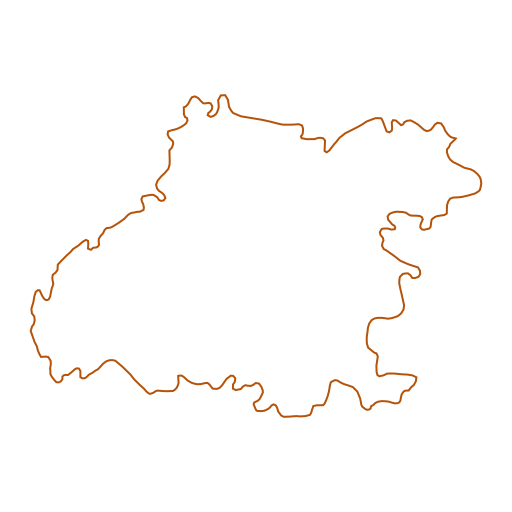 the district of Mogilev, Mogilev, Belarus
{"feature_id": "67162791B13586571917215", "entity_name": "Mogilev", "entity_type": "district", "adm_level": 2, "iso_a3": "BLR", "parent_name": "Belarus", "parent_adm1": "Mogilev", "projection": "albers", "projection_center": [30.317, 53.845], "detail": "fine", "context": "isolated", "style": "outline", "palette": "amber", "viewbox_px": 512, "rotation_deg": 0, "n_neighbors": 0, "source": "geoboundaries", "source_scale": "gbopen_adm2", "svg_char_len": 6036}
<svg xmlns="http://www.w3.org/2000/svg" viewBox="0 0 512 512"><path d="M408.7,390.5L409.2,389.7L411.2,387.2L413.9,384.9L415.9,381.2L416.4,377.3L412.5,375.4L407.7,374.6L401.7,374.3L393.8,373.5L387.1,373.6L383.7,375.3L379.3,376.3L377.4,375.0L376.6,372.0L376.5,368.8L376.4,365.5L376.9,362.4L377.8,356.5L376.5,353.4L374.2,352.6L368.1,347.6L366.9,343.5L366.7,340.5L366.8,336.4L367.5,331.9L367.9,328.0L369.1,323.8L371.6,320.1L374.7,318.4L377.6,317.9L381.5,317.8L388.2,318.7L392.0,318.1L397.7,316.2L401.0,313.6L403.5,309.6L404.1,305.3L401.2,292.3L400.5,289.6L399.2,283.0L399.4,279.6L399.9,276.9L402.8,273.9L405.9,273.4L408.0,273.4L410.5,275.3L412.2,277.9L414.9,278.1L418.5,276.8L420.2,274.1L420.0,270.8L418.0,267.4L410.1,264.9L406.0,263.3L400.2,260.7L394.4,256.1L386.8,250.7L383.7,249.0L382.0,245.7L382.6,242.3L383.5,240.4L382.8,237.7L380.5,235.0L379.8,232.2L381.7,229.0L384.0,228.5L387.7,228.5L391.4,229.6L394.8,229.2L395.2,227.6L394.4,225.7L392.4,224.6L390.0,221.9L388.2,219.7L387.6,216.4L389.6,213.8L393.3,212.3L396.6,211.7L402.7,212.0L406.2,212.8L407.8,214.0L410.1,215.4L413.4,215.7L416.5,215.7L419.7,216.0L421.8,217.1L422.8,219.4L421.1,223.0L420.4,225.3L420.3,227.4L421.9,229.4L424.0,229.8L429.3,228.5L430.6,226.9L431.3,221.2L431.8,219.5L433.2,218.2L434.8,217.1L436.9,216.2L442.1,215.3L444.2,215.1L445.6,214.3L446.8,213.5L446.9,208.4L447.1,204.9L448.2,201.5L450.1,198.7L453.0,197.6L459.7,197.2L462.1,196.9L468.1,195.5L475.3,193.4L478.7,191.2L479.9,189.9L480.5,187.7L481.3,183.5L480.7,179.2L479.6,176.7L477.3,173.9L474.2,171.2L471.1,169.5L464.2,167.7L458.0,164.4L453.2,162.1L450.1,159.5L448.3,156.5L446.9,152.3L447.0,149.4L449.2,146.8L450.4,143.8L455.0,139.5L455.8,138.5L452.0,137.5L450.3,136.7L447.6,134.1L445.2,130.7L443.8,127.3L441.1,123.4L437.3,122.8L434.8,124.6L432.8,127.5L430.5,130.0L428.4,130.8L426.5,131.1L423.6,129.5L418.2,124.7L414.2,122.2L410.6,120.4L407.0,120.8L404.3,122.2L403.1,124.4L401.0,125.2L399.4,123.6L395.9,120.5L393.0,120.2L391.8,122.3L392.1,128.5L391.8,130.6L389.4,132.3L386.6,131.4L384.4,125.5L383.0,121.6L381.3,118.4L377.8,118.1L375.0,118.3L366.6,121.5L361.8,124.7L357.3,127.2L345.2,133.3L339.3,138.0L335.9,142.3L334.4,143.9L329.3,150.5L326.7,152.3L324.7,151.1L324.6,149.4L324.8,145.8L325.0,140.5L323.3,138.4L321.0,137.9L318.3,137.9L314.5,139.1L307.0,139.2L301.6,138.2L300.9,136.4L302.4,134.5L302.9,132.3L303.0,128.3L302.0,125.5L298.8,124.2L293.3,124.6L287.6,124.7L282.4,124.6L277.5,123.5L270.5,121.7L262.0,119.8L240.9,116.3L233.1,113.0L231.0,110.4L229.0,106.7L228.0,99.9L225.2,95.2L220.8,95.4L218.1,100.3L218.6,104.1L218.7,107.5L217.5,111.3L216.2,113.8L213.6,115.9L210.6,116.9L207.7,115.2L208.2,113.2L210.2,111.5L211.9,109.3L212.3,106.3L210.6,103.4L208.8,102.9L205.6,103.3L203.3,103.3L200.8,101.0L198.2,98.0L194.9,96.4L192.0,97.2L190.0,100.2L188.7,103.0L187.4,104.8L185.8,106.5L183.8,107.3L183.9,111.2L183.9,114.3L185.2,117.2L186.9,117.9L187.5,120.4L186.2,123.3L184.1,125.0L181.2,126.9L178.2,128.4L174.3,129.7L172.2,130.1L168.1,131.4L167.6,134.3L169.0,137.5L172.9,141.4L173.2,143.8L172.0,147.4L169.4,150.4L169.7,160.0L169.6,164.5L168.4,168.8L164.6,173.2L161.2,176.4L157.6,180.7L156.1,184.7L157.1,188.5L158.8,190.7L162.3,193.1L164.2,195.1L165.4,198.0L163.7,200.4L161.3,200.9L159.1,200.1L157.2,197.2L153.5,194.9L150.7,194.9L148.2,195.3L142.7,196.4L141.4,199.1L141.9,201.5L143.2,204.1L143.9,207.7L143.5,210.0L139.8,211.7L136.7,211.9L133.8,212.6L132.3,212.7L129.9,213.6L127.8,215.1L124.3,218.8L118.6,222.9L116.2,224.4L112.1,226.9L109.7,227.8L106.5,228.1L104.6,230.0L103.1,233.2L100.5,236.1L98.8,238.8L98.7,242.2L99.1,244.8L97.9,246.6L96.0,247.6L93.9,247.6L92.9,248.0L90.9,249.8L88.0,248.6L88.3,243.7L88.0,240.9L86.0,239.9L83.7,241.1L81.9,242.4L78.3,245.7L73.1,249.0L70.6,251.9L66.3,255.8L61.1,261.1L57.8,264.6L57.5,269.9L55.6,272.6L52.8,274.8L52.3,277.7L52.6,280.5L53.3,283.7L52.8,285.7L51.7,288.5L50.1,296.7L48.7,299.4L47.4,300.0L45.8,300.0L44.0,298.7L41.8,295.1L40.9,293.0L39.6,290.3L37.9,290.2L35.8,291.8L34.4,296.2L33.3,302.5L32.3,305.7L31.4,308.8L31.9,313.3L34.3,316.5L34.7,320.6L33.7,324.2L32.0,326.6L30.7,331.0L34.6,342.0L36.9,346.5L37.9,350.6L39.6,354.5L41.0,356.9L46.1,356.6L48.3,357.1L50.7,360.9L50.8,364.5L50.1,368.5L50.4,371.0L50.4,374.1L51.9,376.9L54.0,379.6L56.3,382.2L58.9,382.4L60.6,381.5L62.4,379.3L62.4,376.6L63.6,375.4L65.1,374.9L68.0,375.0L71.2,372.5L75.2,369.0L76.8,368.3L79.0,368.6L80.4,371.0L80.4,377.2L82.6,378.4L84.1,378.3L85.6,377.8L87.3,376.4L88.4,375.1L90.4,373.8L92.2,373.0L95.3,370.7L98.1,369.2L103.1,363.7L106.1,361.4L109.6,360.2L112.4,360.1L115.3,360.7L122.3,366.6L130.3,374.4L134.3,379.5L139.8,384.9L144.2,388.9L146.5,391.6L148.1,392.9L149.4,393.8L150.4,393.8L153.3,392.8L155.9,391.0L157.8,390.6L163.1,391.1L167.7,391.2L172.8,391.0L174.8,389.8L176.4,388.2L177.7,385.8L178.6,382.9L178.3,378.5L178.2,375.9L179.6,375.6L181.6,375.6L183.7,376.9L187.6,380.5L191.4,382.7L193.4,383.4L196.9,384.2L200.7,384.1L205.1,383.1L207.4,382.9L209.4,384.4L212.6,388.6L217.0,388.9L219.8,387.7L222.4,384.9L224.8,381.3L226.6,378.9L230.7,375.7L233.2,375.9L235.3,378.3L234.8,381.9L233.0,384.5L232.9,388.6L235.9,390.1L240.8,389.0L243.2,386.3L245.4,385.2L247.6,385.7L250.8,385.9L253.3,384.9L255.5,383.1L257.7,383.3L259.2,383.7L261.4,386.9L262.7,390.2L262.9,392.5L259.9,398.7L257.9,400.7L254.3,402.4L253.6,404.3L255.9,409.8L257.1,410.9L261.9,411.1L264.4,410.7L268.1,409.0L269.9,407.5L271.5,405.5L273.5,404.4L275.6,405.2L277.1,407.7L278.2,411.5L281.2,415.5L283.7,416.8L289.7,416.6L296.2,416.1L300.4,416.4L305.3,416.1L309.9,414.9L311.1,413.0L312.0,409.9L313.4,406.0L316.8,405.3L323.0,405.2L324.5,403.8L326.1,400.3L327.8,395.8L329.0,391.2L329.9,385.5L330.9,382.1L335.0,380.1L337.6,380.6L340.4,382.4L342.4,383.4L345.1,384.5L348.2,385.4L352.7,387.0L357.3,391.5L360.1,398.3L360.8,401.5L361.2,404.3L362.1,406.5L365.5,409.2L367.3,409.8L369.4,409.4L370.5,408.6L371.1,406.2L373.3,405.0L375.2,403.1L377.7,401.8L381.6,401.1L386.2,401.3L389.0,401.7L391.8,402.6L394.8,403.4L397.5,403.2L399.3,402.4L400.4,400.6L401.0,397.1L401.7,394.3L403.6,391.6L405.0,390.7L408.7,390.5Z" fill="none" stroke="#b45309" stroke-width="2"/></svg>